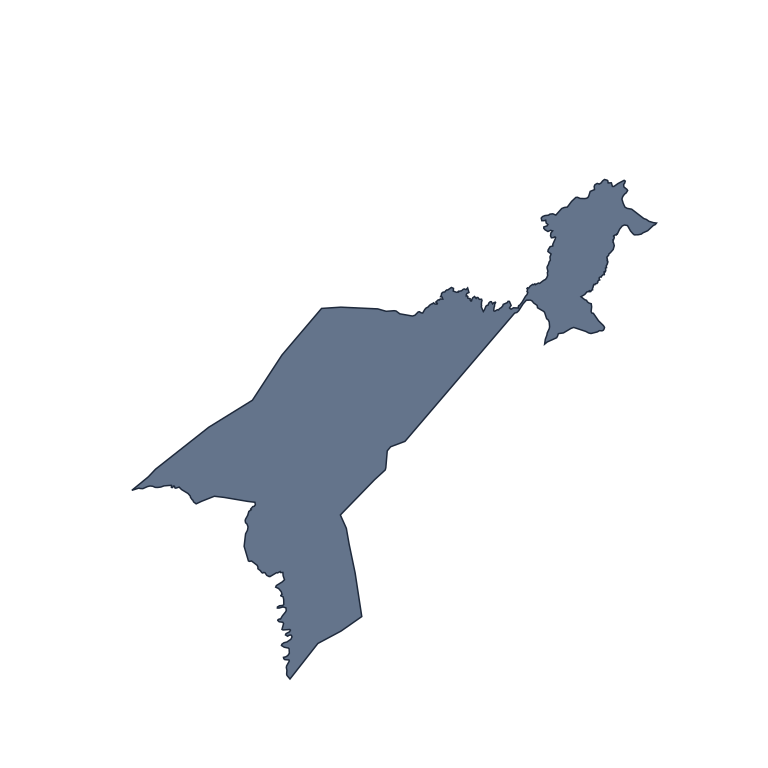 outline of San Pablo Coatlán, Oaxaca, Mexico, rotated 212°
{"feature_id": "50627088B61176301842626", "entity_name": "San Pablo Coatlán", "entity_type": "district", "adm_level": 2, "iso_a3": "MEX", "parent_name": "Mexico", "parent_adm1": "Oaxaca", "projection": "equal_earth", "projection_center": [-96.818, 16.154], "detail": "fine", "context": "isolated", "style": "filled", "palette": "slate", "viewbox_px": 768, "rotation_deg": 212, "n_neighbors": 0, "source": "geoboundaries", "source_scale": "gbopen_adm2", "svg_char_len": 6160}
<svg xmlns="http://www.w3.org/2000/svg" viewBox="0 0 768 768"><g transform="rotate(212 384 384)"><path d="M477.0,415.0L485.9,354.6L487.0,300.5L509.7,254.5L532.6,190.7L534.7,180.3L541.5,160.2L536.6,165.9L535.7,166.0L533.1,167.4L530.2,171.7L528.4,173.5L526.0,174.7L523.2,175.1L521.0,176.4L518.6,178.4L516.6,181.0L510.7,185.4L510.3,185.4L509.7,183.8L509.2,183.7L508.5,184.1L508.2,186.1L507.5,186.2L506.2,185.1L505.4,185.3L503.1,188.0L499.8,187.2L492.2,187.3L488.9,186.3L488.0,185.3L485.4,184.2L484.6,184.2L483.0,183.1L479.8,182.8L476.5,187.9L468.4,198.9L459.5,203.1L437.4,212.2L430.8,215.3L429.1,213.4L429.2,211.6L430.3,210.5L430.8,207.3L430.0,207.0L431.1,204.3L430.0,200.4L429.8,195.9L429.3,194.5L427.9,193.0L425.9,192.6L423.6,190.8L422.3,187.7L422.0,183.6L416.6,172.2L405.2,162.1L404.1,162.3L402.5,163.7L395.4,163.0L394.0,162.0L393.0,160.5L390.1,160.2L387.6,159.3L386.6,159.5L386.2,160.4L385.0,160.9L382.0,159.6L379.5,159.8L379.5,160.1L378.6,160.3L375.1,167.1L374.1,167.4L372.7,169.9L371.8,169.3L369.9,170.6L367.9,167.9L364.7,165.3L365.4,162.3L368.5,156.1L368.2,154.3L365.0,154.7L361.0,153.4L359.0,151.5L359.5,150.0L359.3,149.7L356.7,150.0L354.8,148.0L352.2,144.0L352.5,142.6L355.1,140.6L356.2,138.4L355.7,137.5L354.2,138.4L351.5,141.4L348.6,142.2L346.9,140.2L346.7,138.6L347.3,133.6L347.2,129.8L348.2,129.3L349.0,128.0L348.8,127.2L346.9,126.8L343.6,128.3L342.2,127.6L340.5,121.8L339.3,121.9L333.8,125.9L332.9,125.7L332.8,123.8L334.8,120.4L334.6,119.0L332.1,119.0L331.3,120.6L330.4,121.5L329.4,121.8L328.0,120.8L327.7,118.2L329.6,113.8L331.7,111.6L332.7,109.2L332.4,107.9L329.1,107.9L325.1,109.4L324.1,109.1L321.6,105.5L321.7,102.7L322.8,100.5L324.4,98.9L323.4,97.9L322.0,97.7L318.4,99.6L317.5,98.9L317.2,93.3L316.6,91.8L314.6,89.7L312.8,86.3L311.8,85.4L307.4,84.0L302.6,128.9L289.5,151.7L279.6,175.0L308.3,208.4L328.7,229.7L339.5,241.7L351.6,249.8L341.3,297.7L337.4,311.8L338.1,314.0L345.8,329.0L345.1,334.3L335.8,346.5L310.8,513.3L309.2,515.1L308.6,517.5L308.5,525.6L307.7,530.5L304.3,532.7L302.5,532.9L299.9,532.0L295.8,531.8L294.2,530.0L286.8,530.2L285.5,529.6L280.6,525.5L279.1,525.5L276.8,524.2L273.9,520.3L273.2,518.6L272.6,513.7L271.8,511.8L270.9,507.4L268.9,502.9L267.8,506.2L262.1,514.7L262.2,516.8L262.8,518.8L262.6,519.3L258.9,522.4L254.9,530.2L253.1,532.5L240.8,535.5L237.6,535.7L235.2,536.5L230.6,541.3L229.6,543.4L227.3,544.6L226.5,545.8L226.5,547.4L227.0,548.9L228.8,549.8L235.6,551.3L243.9,554.9L245.1,554.3L246.7,555.1L248.8,559.5L250.8,561.9L252.9,561.3L255.0,561.4L256.6,562.3L258.4,561.9L263.2,562.4L261.2,566.3L260.7,569.7L259.8,570.5L259.1,572.1L258.7,572.1L258.5,571.3L257.7,571.9L257.6,573.8L257.0,574.4L257.9,575.7L258.0,576.9L258.7,578.7L258.7,579.7L257.8,579.9L257.8,581.1L256.7,582.0L256.5,583.4L257.0,583.9L257.0,585.4L256.2,586.6L257.3,587.2L257.8,588.4L257.0,589.7L256.4,589.9L256.6,591.1L255.9,593.4L255.2,593.3L255.1,593.6L256.8,595.7L256.5,596.3L255.9,596.1L255.8,596.5L256.1,597.8L257.6,599.7L256.9,600.6L258.1,601.9L258.2,604.4L258.7,604.8L258.6,605.6L259.2,606.7L260.1,606.7L260.3,607.7L261.0,608.2L261.4,609.0L261.9,609.1L262.2,609.9L261.7,612.2L262.2,613.6L261.6,615.2L260.9,619.5L262.0,623.3L264.2,625.4L264.7,625.4L265.2,626.1L265.4,627.0L266.2,627.4L265.9,628.9L266.6,630.7L267.6,630.9L267.8,631.3L266.8,633.1L266.0,633.4L266.2,634.4L265.6,634.6L266.2,640.2L265.7,644.3L264.3,646.3L261.5,647.4L256.0,644.4L252.7,643.4L250.8,643.1L247.6,645.2L245.2,647.5L244.5,649.4L241.6,653.7L239.6,661.2L238.4,663.0L238.2,664.9L241.0,663.6L245.6,662.4L248.6,662.6L251.4,662.0L266.6,663.5L270.9,661.8L273.4,661.7L276.9,664.0L280.2,666.9L280.8,669.1L280.8,670.8L280.5,672.9L279.9,674.3L279.9,677.2L281.1,677.8L284.7,678.2L285.5,678.8L286.5,680.3L286.3,681.7L286.9,683.9L288.3,684.0L291.8,678.0L293.7,673.4L295.0,672.6L297.8,675.1L300.5,673.3L301.8,674.9L302.7,675.1L305.4,674.3L306.2,672.1L306.5,669.4L307.4,667.6L309.5,667.1L310.7,664.8L310.5,663.0L308.5,660.4L311.2,656.6L310.0,652.0L309.9,650.3L310.6,648.9L311.9,647.7L316.0,645.3L318.8,644.9L320.2,643.9L321.7,638.2L322.3,631.2L324.7,629.2L326.3,627.0L327.8,618.3L331.0,617.8L333.3,616.0L334.0,614.3L336.7,612.2L338.3,610.0L338.6,608.0L336.7,606.1L334.8,607.3L333.7,608.6L331.7,606.4L329.5,606.1L329.5,604.6L331.7,601.9L331.0,600.7L329.2,600.1L325.8,600.2L324.2,602.6L322.1,603.2L322.5,600.5L321.3,597.9L319.5,596.7L318.1,597.7L317.1,599.3L316.2,599.3L315.7,597.9L314.9,592.0L314.0,590.5L315.9,588.5L315.9,584.8L315.2,583.2L311.2,582.8L310.6,579.7L308.5,577.0L308.7,575.3L307.9,572.5L307.8,570.1L307.3,568.9L305.0,566.7L304.5,566.0L304.6,565.2L302.7,562.7L302.3,560.2L302.5,558.2L303.6,556.4L305.3,551.8L306.6,551.4L308.2,548.5L309.1,548.9L309.7,547.5L310.7,547.3L311.9,544.5L312.1,542.0L313.2,541.7L313.4,540.7L312.2,540.1L311.7,538.1L310.7,538.0L310.1,535.8L310.5,533.3L310.3,526.9L310.8,522.1L311.3,521.9L311.2,521.0L310.3,519.7L314.6,517.2L315.8,514.9L316.9,514.7L317.9,515.0L317.8,518.0L321.4,520.5L322.6,519.9L322.6,518.3L325.1,514.7L324.7,513.2L325.0,511.1L326.0,509.0L326.1,507.5L327.3,507.0L328.6,504.5L329.4,504.2L330.0,504.6L331.2,507.2L331.4,508.3L332.4,510.3L332.5,512.2L332.9,512.4L333.9,511.3L334.4,509.5L336.6,510.7L337.5,510.1L338.0,508.4L337.6,505.8L338.3,505.3L338.8,504.0L338.1,500.1L338.2,498.1L342.4,501.0L342.7,502.1L343.4,502.8L344.8,505.4L345.0,506.6L346.2,507.6L348.0,506.3L350.1,507.1L351.0,506.7L351.2,505.4L353.6,506.2L354.4,504.2L354.3,502.0L353.8,501.0L354.1,500.4L355.4,500.8L356.2,502.0L358.4,501.2L358.9,501.6L359.2,502.6L360.7,502.8L360.9,502.3L361.5,503.1L361.7,504.7L360.4,506.6L364.0,509.8L364.4,507.5L366.4,507.1L367.1,506.0L367.6,504.2L369.3,502.6L369.5,501.6L370.1,501.9L370.3,500.8L371.0,500.2L374.5,499.5L375.7,501.9L378.0,501.6L379.8,497.5L380.6,497.1L381.1,495.8L381.2,494.3L382.6,493.2L383.2,491.4L382.4,489.6L382.3,488.0L380.7,488.5L379.1,487.1L381.4,485.9L381.5,484.7L382.6,484.1L383.5,480.9L381.5,480.7L381.4,479.8L383.1,478.9L385.1,479.0L385.3,477.8L386.1,477.1L387.1,474.9L387.4,472.7L388.6,470.7L388.9,469.0L388.8,464.7L390.3,464.0L392.2,464.1L393.2,463.2L394.2,458.7L395.9,456.7L407.8,451.9L412.5,452.3L414.3,451.5L420.7,446.8L429.1,444.4L461.3,426.3L477.0,415.0Z" fill="#64748b" stroke="#1e293b" stroke-width="1.5"/></g></svg>